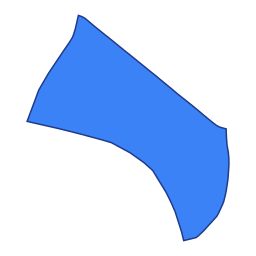 outline of Samphanthawong, Bangkok Metropolis, Thailand
{"feature_id": "78962969B78328018981933", "entity_name": "Samphanthawong", "entity_type": "district", "adm_level": 2, "iso_a3": "THA", "parent_name": "Thailand", "parent_adm1": "Bangkok Metropolis", "projection": "albers", "projection_center": [100.51, 13.738], "detail": "fine", "context": "isolated", "style": "filled", "palette": "blue", "viewbox_px": 256, "rotation_deg": 0, "n_neighbors": 0, "source": "geoboundaries", "source_scale": "gbopen_adm2", "svg_char_len": 1396}
<svg xmlns="http://www.w3.org/2000/svg" viewBox="0 0 256 256"><path d="M226.2,128.9L221.7,127.7L219.0,126.8L216.8,125.6L214.5,123.9L212.8,122.6L209.3,119.8L203.0,114.6L199.4,111.5L198.0,110.3L196.4,109.0L193.5,106.6L183.4,98.5L183.2,98.4L181.2,96.8L177.7,94.0L175.8,92.4L173.4,90.4L171.7,88.9L169.6,87.2L167.8,85.7L165.1,83.5L164.6,83.0L164.2,82.8L162.7,81.5L160.7,79.9L158.3,77.9L157.5,77.2L156.7,76.5L154.3,74.6L153.4,73.9L147.8,69.4L145.4,67.4L142.9,65.4L140.7,63.6L137.8,61.3L136.3,60.0L135.7,59.5L134.1,58.3L130.2,55.1L126.3,52.0L123.9,50.1L122.9,49.2L120.0,46.9L119.0,46.1L115.6,43.3L114.4,42.3L111.5,40.0L111.0,39.6L107.6,36.8L105.0,34.9L104.5,34.4L100.5,31.2L96.9,28.3L93.5,25.5L90.8,23.2L84.7,18.1L82.6,17.0L81.7,16.5L79.5,15.8L78.4,15.4L75.4,28.6L73.6,34.3L72.9,36.4L71.7,38.7L69.4,42.4L63.7,50.6L48.7,73.0L41.2,85.8L38.8,90.0L27.1,121.4L58.3,128.5L67.6,130.8L81.4,134.3L91.3,137.0L102.1,139.9L111.5,142.7L130.1,152.8L143.9,162.6L144.4,163.0L152.8,170.6L158.7,180.3L162.7,186.8L166.4,192.9L171.4,203.1L173.2,207.3L175.1,211.6L180.2,227.6L181.6,232.0L183.7,240.6L192.0,238.6L196.0,237.6L197.6,236.5L198.0,236.2L200.6,233.7L203.3,231.2L206.4,227.8L216.8,216.3L218.3,213.7L222.7,204.2L223.8,201.3L225.7,193.3L226.3,190.3L227.9,179.6L228.1,177.2L228.9,165.3L228.9,159.0L228.3,152.2L227.0,144.9L226.4,136.5L226.2,131.0L226.2,128.9Z" fill="#3b82f6" stroke="#1e3a8a" stroke-width="1.5"/></svg>